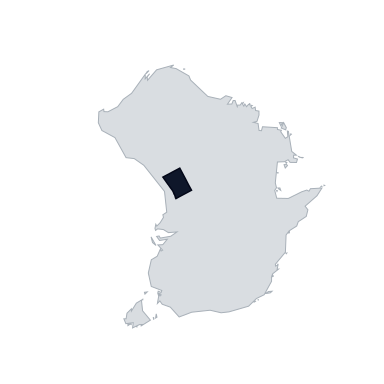 Maralinga Tjarutja, South Australia, Australia shown in context, rotated 62°
{"feature_id": "25037944B7661444660063", "entity_name": "Maralinga Tjarutja", "entity_type": "district", "adm_level": 2, "iso_a3": "AUS", "parent_name": "Australia", "parent_adm1": "South Australia", "projection": "mercator", "projection_center": [132.165, -29.44], "detail": "fine", "context": "in_parent", "style": "filled", "palette": "ink", "viewbox_px": 384, "rotation_deg": 62, "n_neighbors": 0, "source": "geoboundaries", "source_scale": "gbopen_adm2", "svg_char_len": 4494}
<svg xmlns="http://www.w3.org/2000/svg" viewBox="0 0 384 384"><g transform="rotate(62 192 192)"><path d="M254.0,83.4L257.6,98.8L262.1,98.0L267.2,102.6L268.1,112.1L271.2,115.5L271.9,124.4L274.1,129.1L289.0,137.8L294.9,152.3L296.6,153.0L296.9,150.4L300.2,153.1L300.7,151.8L302.1,159.2L304.0,161.4L308.2,163.7L316.6,176.5L316.3,185.1L319.4,195.6L315.2,215.6L312.3,223.0L304.9,231.5L298.0,248.7L296.3,262.0L283.5,265.2L277.1,271.0L273.1,271.5L274.2,274.9L267.9,270.0L268.8,268.8L268.4,267.6L267.3,267.6L265.2,269.7L263.7,268.4L266.2,266.4L264.8,264.9L256.3,272.3L243.0,268.6L232.7,259.7L232.4,252.9L227.6,246.8L229.6,247.0L229.6,245.2L222.7,247.0L224.8,242.5L222.1,236.0L219.6,243.4L214.6,244.1L215.4,241.7L217.8,241.6L221.1,231.5L220.2,224.0L216.8,231.9L211.7,234.9L208.4,239.7L208.8,242.2L206.8,241.8L203.5,239.1L205.6,239.1L204.1,234.4L201.0,229.1L198.4,228.4L198.0,223.8L178.6,216.0L145.8,222.0L135.4,227.3L130.7,234.1L107.8,234.5L95.4,242.7L86.9,242.2L77.5,236.6L77.4,231.1L79.7,232.0L81.7,228.6L81.8,217.5L77.9,209.2L76.5,199.0L66.1,178.0L70.1,180.2L67.7,173.9L69.4,177.6L72.5,178.8L67.5,165.9L71.3,148.5L72.0,152.6L75.6,148.1L88.1,140.2L92.5,140.7L115.0,133.2L123.5,123.3L122.9,116.9L127.4,112.3L131.1,119.5L133.0,115.5L130.6,112.7L131.4,111.0L138.7,112.1L136.4,111.4L137.9,108.7L136.6,106.2L140.5,105.9L139.1,104.0L142.3,103.8L141.2,101.1L144.0,98.2L144.2,99.9L146.5,99.7L146.7,96.4L149.9,97.6L152.0,94.9L155.5,96.7L160.1,101.4L159.3,105.1L162.5,101.5L169.1,103.9L170.5,101.9L167.5,99.1L175.3,86.4L176.9,87.2L179.5,84.1L180.4,85.4L188.4,84.4L188.2,81.4L182.9,79.2L183.7,78.4L203.0,84.9L208.5,82.5L207.2,85.0L209.5,86.4L212.4,83.4L215.0,85.9L211.9,91.5L208.6,92.0L208.7,96.1L205.6,102.5L223.1,114.2L227.9,115.4L229.4,118.2L237.3,120.1L242.9,110.0L243.3,95.2L244.2,89.7L246.2,88.4L244.7,85.9L249.5,75.4L254.0,83.4ZM263.7,287.4L273.7,291.4L285.6,288.9L286.4,300.3L285.6,298.2L284.4,300.6L284.1,308.3L279.8,305.2L277.2,312.2L272.0,311.7L273.0,309.7L268.5,306.3L266.7,300.4L268.7,301.4L264.0,293.3L263.7,287.4ZM173.8,78.5L179.4,78.5L181.1,80.1L177.4,83.2L173.8,78.5ZM212.4,249.2L222.3,248.9L218.1,250.6L212.4,249.2ZM213.5,95.3L214.6,98.4L211.1,97.9L211.7,95.6L213.5,95.3ZM316.1,175.0L315.8,171.1L317.2,167.9L317.8,170.2L316.1,175.0ZM282.8,280.8L286.1,281.7L286.2,283.3L282.8,280.8ZM173.3,79.4L175.2,82.5L171.7,82.3L173.3,79.4ZM260.1,281.5L258.2,281.1L259.2,278.4L260.1,281.5ZM232.2,112.9L230.5,113.8L228.8,114.3L229.7,112.5L232.2,112.9ZM66.0,177.1L64.7,175.2L64.6,173.5L64.8,173.4L66.0,177.1ZM285.5,284.8L286.8,285.8L284.3,285.0L285.5,284.8ZM303.2,159.7L304.5,159.7L304.5,161.4L303.2,159.7ZM272.3,124.3L273.8,125.2L273.6,125.8L272.3,124.3ZM279.7,309.3L279.9,311.3L278.6,310.7L279.7,309.3ZM318.3,186.6L318.4,188.8L318.2,188.7L318.3,186.6ZM187.9,78.3L187.0,77.5L187.6,77.1L187.9,78.3ZM213.7,78.5L212.3,80.1L213.9,77.3L213.7,78.5ZM318.5,184.0L317.9,184.7L318.3,183.9L318.5,184.0ZM215.7,107.3L214.9,107.6L215.4,106.9L215.7,107.3ZM210.8,95.2L209.8,95.3L210.4,94.4L210.8,95.2ZM80.2,140.3L79.9,141.7L79.4,141.5L80.2,140.3ZM247.9,74.7L247.8,75.7L247.5,75.0L247.9,74.7ZM267.3,268.2L267.5,269.1L267.2,268.8L267.3,268.2ZM212.0,80.5L210.2,81.6L212.0,80.2L212.0,80.5ZM141.3,99.6L140.7,100.3L141.1,99.5L141.3,99.6ZM280.5,308.0L279.8,308.3L280.2,307.6L280.5,308.0ZM231.4,116.7L230.4,116.6L230.9,116.0L231.4,116.7ZM137.6,105.3L137.1,105.7L137.1,104.7L137.6,105.3ZM285.3,304.0L284.4,304.5L284.7,303.5L285.3,304.0ZM248.5,71.8L248.4,72.5L247.9,72.2L248.5,71.8ZM266.8,269.4L267.7,270.2L266.2,269.9L266.8,269.4ZM290.8,137.7L290.1,137.8L290.4,136.9L290.8,137.7ZM296.3,150.3L296.0,150.3L296.2,149.6L296.3,150.3ZM264.1,286.0L263.9,286.7L263.6,285.8L264.1,286.0Z" fill="#d9dde1" stroke="#a8b0b8" stroke-width="1"/><path d="M165.2,191.6L165.2,198.2L165.2,207.3L165.2,210.7L165.8,210.6L168.4,210.3L168.4,210.2L168.4,210.3L169.7,210.1L170.7,210.0L173.9,209.6L174.0,209.5L177.6,209.1L179.6,208.8L180.9,208.6L181.6,208.5L182.5,208.5L183.0,208.4L183.1,208.5L183.3,208.5L183.5,208.5L183.8,208.6L184.0,208.5L184.4,208.6L184.5,208.6L184.8,208.6L185.0,208.8L185.3,208.8L185.5,208.8L185.6,208.7L185.8,208.7L186.0,208.7L186.3,208.7L186.5,208.7L187.0,208.7L187.3,208.7L187.5,208.7L187.5,208.8L187.8,208.8L188.0,208.9L188.3,208.9L188.3,209.0L188.5,209.0L188.8,209.1L189.0,209.1L189.2,209.3L189.3,209.3L189.5,209.3L189.8,209.3L189.9,209.2L190.0,209.2L190.1,209.3L190.3,209.3L190.3,208.7L190.2,205.7L190.2,205.1L190.2,201.2L190.2,191.6L184.0,191.7L177.7,191.6L165.2,191.6Z" fill="#0f172a" stroke="#020617" stroke-width="1.5"/></g></svg>